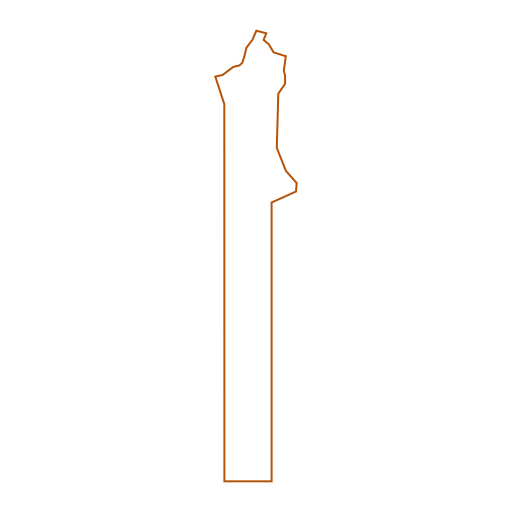 SVG path tracing the border of Mayuge
{"feature_id": "UGA-3120", "entity_name": "Mayuge", "entity_type": "District", "adm_level": 1, "iso_a3": "UGA", "parent_name": "Uganda", "parent_adm1": "", "projection": "equal_earth", "projection_center": [33.58, -0.276], "detail": "fine", "context": "isolated", "style": "outline", "palette": "amber", "viewbox_px": 512, "rotation_deg": 0, "n_neighbors": 0, "source": "natural_earth", "source_scale": "10m", "svg_char_len": 491}
<svg xmlns="http://www.w3.org/2000/svg" viewBox="0 0 512 512"><path d="M271.6,481.3L231.2,481.3L224.4,481.3L224.4,481.2L224.3,104.2L215.3,76.6L222.5,75.0L232.9,67.2L236.1,66.1L239.1,65.6L242.3,62.9L244.3,56.5L246.5,47.6L252.3,40.0L256.4,30.7L266.3,33.3L263.6,39.9L268.9,44.4L273.6,52.4L285.8,56.2L283.8,70.7L285.1,75.5L285.1,77.5L285.1,83.7L278.3,93.7L276.8,147.8L285.9,170.9L296.7,183.1L296.0,191.5L271.6,202.5L271.6,481.2L271.6,481.3Z" fill="none" stroke="#b45309" stroke-width="2"/></svg>